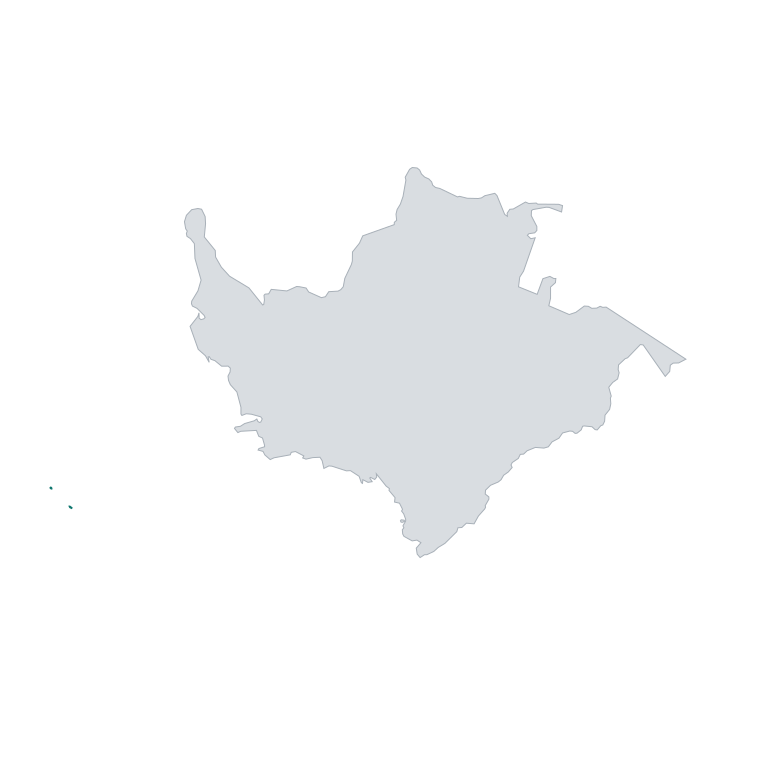 San Andrés y Providencia highlighted on a map of Colombia, rotated 292°
{"feature_id": "COL-1342", "entity_name": "San Andrés y Providencia", "entity_type": "Department", "adm_level": 1, "iso_a3": "COL", "parent_name": "Colombia", "parent_adm1": "", "projection": "orthographic", "projection_center": [-81.079, 13.04], "detail": "fine", "context": "in_parent", "style": "filled", "palette": "teal", "viewbox_px": 768, "rotation_deg": 292, "n_neighbors": 0, "source": "natural_earth", "source_scale": "10m", "svg_char_len": 4063}
<svg xmlns="http://www.w3.org/2000/svg" viewBox="0 0 768 768"><g transform="rotate(292 384 384)"><path d="M472.3,155.4L465.8,158.5L453.0,162.3L444.6,177.5L438.6,180.3L431.4,189.4L426.1,200.4L422.5,222.8L411.8,241.9L412.7,242.7L417.1,241.7L421.3,239.5L422.8,240.1L424.4,243.3L429.5,244.0L433.9,259.1L441.7,266.5L442.6,269.5L443.8,275.8L441.1,279.7L440.6,293.6L443.0,297.0L448.9,298.2L452.9,306.6L455.3,308.6L458.9,309.8L467.3,308.1L482.5,309.0L486.1,308.6L494.6,305.3L505.4,308.5L513.4,308.8L535.6,333.8L537.8,333.0L540.5,334.4L546.0,331.5L550.7,330.8L556.9,331.8L565.0,331.4L581.3,327.9L583.7,326.2L592.6,327.3L595.3,329.1L596.7,333.8L595.7,336.9L592.7,340.1L591.1,344.1L590.9,348.8L589.3,352.4L586.5,354.8L585.5,358.2L586.2,362.4L585.0,382.1L586.3,383.7L587.4,391.6L591.3,401.9L593.1,404.7L596.4,407.0L602.3,415.3L601.0,418.2L586.4,432.4L585.7,435.6L588.5,434.2L593.1,435.2L594.7,438.3L605.7,447.0L605.6,450.6L608.8,457.4L608.3,459.0L616.0,478.5L616.3,482.7L610.0,484.2L609.6,470.9L608.7,468.2L601.5,456.7L600.0,455.8L595.2,457.5L587.3,466.7L583.6,468.2L580.6,467.1L577.6,462.0L575.6,461.2L573.7,465.7L576.2,469.4L540.9,471.1L534.0,469.8L524.5,472.3L524.5,492.4L541.2,491.9L545.9,497.5L545.4,502.1L546.2,503.8L542.2,505.0L536.3,502.1L525.9,506.3L518.3,507.5L517.8,529.7L522.3,535.0L531.3,540.5L532.6,544.4L532.0,548.3L534.1,552.9L537.0,555.3L537.0,558.1L538.5,561.2L520.1,654.6L513.9,649.3L511.7,644.3L508.7,642.4L502.7,644.2L496.4,641.9L517.3,609.7L516.6,606.9L499.5,600.0L497.8,598.1L489.6,594.3L485.1,595.7L482.5,597.8L476.2,598.7L471.2,595.5L465.2,593.6L457.9,599.2L455.7,599.2L450.6,601.7L445.0,602.7L437.9,600.6L432.1,602.5L428.0,602.2L426.5,600.6L421.3,598.9L420.8,596.8L422.3,592.9L420.1,585.3L419.2,584.0L415.3,584.0L410.7,581.4L409.8,579.7L410.8,576.6L410.0,573.9L405.5,567.9L399.3,566.5L393.3,561.5L387.3,559.9L384.5,556.3L381.9,548.1L375.7,541.7L371.3,539.7L369.8,536.7L365.3,536.4L359.2,532.3L356.5,532.1L354.6,534.1L349.0,532.2L344.2,529.1L339.1,528.4L335.9,526.6L330.0,520.7L323.6,517.9L319.9,519.1L318.6,523.5L316.5,524.4L309.1,523.4L307.9,524.3L306.0,524.2L297.0,521.0L288.1,519.9L285.8,512.5L280.1,509.9L278.4,506.4L274.4,506.8L259.1,500.2L252.8,495.5L247.4,492.9L241.8,487.7L240.9,485.5L236.6,482.5L238.7,478.5L243.9,475.4L250.7,477.7L251.6,473.0L249.1,468.9L250.2,459.6L252.0,457.5L255.7,455.6L258.1,456.3L259.6,454.7L265.1,455.4L266.8,454.7L271.0,450.9L272.8,447.9L274.8,448.1L279.3,443.0L278.5,438.0L282.8,436.8L287.2,428.5L289.1,428.2L290.1,424.3L297.9,410.5L295.0,412.1L292.0,411.2L292.4,406.6L291.5,406.0L289.0,409.6L286.8,406.0L287.4,400.2L283.8,401.3L284.0,400.0L289.1,395.5L291.1,385.3L289.4,381.7L288.3,366.5L287.4,363.6L283.2,359.9L289.7,355.4L292.1,352.1L289.0,345.4L285.1,339.8L285.0,336.3L287.3,336.6L288.2,327.2L285.9,323.6L283.2,323.6L274.4,309.7L271.3,306.8L273.6,300.1L276.2,297.1L275.6,292.0L277.3,292.2L281.1,296.8L282.6,296.1L288.4,291.6L288.6,287.5L293.2,283.1L286.5,268.9L284.2,266.7L286.8,262.0L288.4,262.3L291.0,266.7L295.1,269.6L301.3,277.5L303.9,279.2L302.0,281.1L301.7,283.0L302.6,284.0L306.0,284.2L307.4,282.0L306.3,272.3L304.8,267.4L301.6,264.0L302.6,262.6L308.8,260.1L321.5,250.6L325.8,241.8L329.1,238.5L332.9,236.4L337.5,236.8L341.1,235.6L342.2,232.8L339.7,226.8L342.3,218.5L342.1,214.3L343.9,211.7L343.2,210.8L338.6,213.8L343.3,207.9L346.5,198.8L364.8,182.6L376.9,186.1L380.7,185.8L375.8,187.9L375.1,190.2L376.9,192.5L378.7,193.2L380.2,191.6L384.1,182.3L384.5,177.2L386.3,175.4L388.8,174.7L400.7,176.6L411.8,175.5L429.6,161.7L443.1,155.6L446.3,150.1L447.1,146.0L449.5,144.4L452.1,144.3L453.6,142.0L459.7,138.2L466.4,137.6L473.6,140.4L477.0,145.7L477.7,149.4L472.3,155.4ZM265.3,453.7L264.5,454.4L262.8,453.2L262.3,451.6L263.3,450.5L264.5,450.8L265.3,453.7Z" fill="#d9dde1" stroke="#a8b0b8" stroke-width="1"/><path d="M152.1,140.3L151.8,139.7L151.9,139.0L152.3,138.5L152.7,138.1L152.9,138.5L152.3,140.9L151.9,140.9L151.7,140.7L152.1,140.3ZM162.3,115.1L162.2,114.4L162.4,113.7L162.8,113.4L163.3,113.6L163.4,114.2L163.2,114.6L162.8,115.0L162.3,115.1Z" fill="#14b8a6" stroke="#0f766e" stroke-width="1.5"/></g></svg>